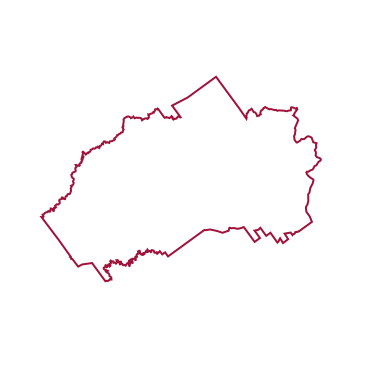 Whittlesea, Victoria, Australia (orthographic projection), rotated 46°
{"feature_id": "25037944B28600424223398", "entity_name": "Whittlesea", "entity_type": "district", "adm_level": 2, "iso_a3": "AUS", "parent_name": "Australia", "parent_adm1": "Victoria", "projection": "orthographic", "projection_center": [145.045, -37.551], "detail": "fine", "context": "isolated", "style": "outline", "palette": "rose", "viewbox_px": 384, "rotation_deg": 46, "n_neighbors": 0, "source": "geoboundaries", "source_scale": "gbopen_adm2", "svg_char_len": 5969}
<svg xmlns="http://www.w3.org/2000/svg" viewBox="0 0 384 384"><g transform="rotate(46 192 192)"><path d="M167.8,321.4L173.7,313.2L174.0,313.3L196.0,316.3L196.6,315.1L197.6,314.3L197.7,313.2L198.1,312.3L197.7,311.4L198.9,310.7L197.7,309.6L196.6,309.4L195.2,309.8L194.2,308.9L192.8,308.5L190.1,309.2L189.3,309.1L189.5,308.6L190.4,307.9L190.3,307.3L186.7,308.9L185.8,308.8L185.2,308.1L185.5,306.3L185.4,305.7L184.6,305.3L184.6,304.9L185.3,304.7L186.8,305.6L187.1,305.0L186.2,303.6L186.1,302.7L187.2,302.6L188.4,303.0L188.5,302.6L188.1,301.5L186.6,300.9L186.8,299.5L185.0,298.9L184.9,298.1L186.0,298.0L187.3,296.8L188.4,297.6L189.0,296.8L189.8,296.2L190.6,296.5L190.8,296.3L190.5,294.6L188.6,293.7L189.5,292.8L191.1,293.0L191.4,293.7L192.4,292.7L192.4,291.9L192.8,291.5L193.3,291.8L193.5,292.3L192.9,293.5L193.9,294.2L194.2,293.9L194.5,292.5L194.8,292.1L195.9,292.0L196.8,292.4L197.7,291.2L198.9,291.0L199.0,290.7L198.5,290.1L198.5,289.1L198.2,288.2L198.8,287.2L199.2,287.1L201.4,288.5L201.8,288.3L200.6,286.4L199.3,285.5L198.1,285.7L197.7,285.1L198.0,283.3L199.4,284.1L199.8,284.7L201.1,284.5L201.7,284.1L201.7,283.7L201.3,283.4L199.6,283.3L199.0,282.9L199.4,282.1L198.6,281.3L199.8,280.0L201.4,280.1L201.8,279.8L201.4,279.2L199.4,278.1L199.4,277.7L200.3,277.5L200.4,276.5L198.8,275.7L198.5,274.4L199.6,272.8L199.6,272.4L198.0,272.6L197.4,272.2L198.2,271.6L197.6,270.9L197.9,270.5L199.5,271.4L201.8,272.0L203.2,271.0L203.5,269.6L203.1,269.6L202.7,270.2L202.1,270.0L202.3,269.1L203.2,267.5L203.3,267.1L202.7,266.5L202.6,266.0L204.2,265.8L204.4,265.5L204.1,265.1L202.7,264.5L202.5,264.1L203.9,264.3L205.1,263.4L206.5,263.5L206.8,262.9L205.8,262.0L205.7,261.5L207.0,260.5L208.0,260.4L209.5,261.2L210.1,260.8L210.6,259.6L212.2,260.0L212.3,259.5L211.8,259.5L211.7,258.4L212.5,257.1L212.3,256.3L216.2,256.7L216.7,253.3L221.7,254.0L227.9,209.5L229.0,208.7L231.5,205.0L237.2,201.2L242.5,198.4L245.3,192.5L243.8,190.2L243.9,189.7L245.3,189.0L247.3,186.6L249.9,185.1L251.9,182.1L253.2,179.1L271.4,181.6L272.3,175.1L263.2,173.8L265.2,170.7L265.2,167.7L275.1,169.1L275.8,163.9L287.7,165.7L287.7,164.0L287.0,162.6L286.5,160.8L292.0,162.0L292.7,155.6L286.3,154.3L289.7,149.2L292.8,149.7L292.6,148.4L293.1,147.8L293.1,146.4L292.6,145.5L293.2,145.0L293.5,144.1L294.2,143.7L294.4,142.3L294.6,142.2L296.8,126.5L291.4,124.3L285.7,123.5L282.5,121.1L281.7,119.8L281.3,117.9L279.3,114.6L274.4,110.1L274.0,107.9L271.4,104.3L269.6,99.1L267.8,96.3L267.0,96.1L264.1,96.9L260.9,97.1L259.0,96.9L257.4,96.2L257.2,95.3L258.3,94.1L258.4,92.8L259.6,89.7L259.4,88.4L258.5,85.9L259.2,84.1L258.2,80.1L258.6,78.2L258.4,77.1L257.8,76.5L257.0,76.4L253.3,78.0L251.5,77.6L250.1,75.8L249.0,75.0L247.3,74.7L246.2,71.6L244.3,70.2L243.4,68.5L240.5,70.2L236.2,68.3L234.6,68.5L232.6,69.7L232.0,71.1L231.9,74.3L231.2,75.3L229.9,76.4L230.2,78.8L229.4,82.1L228.9,82.4L225.9,82.1L222.6,79.7L222.2,78.2L219.5,74.7L218.8,74.1L217.6,73.8L214.2,65.9L212.4,65.2L207.3,65.9L207.5,65.0L207.0,64.6L206.4,63.0L205.6,58.7L204.3,58.3L204.1,59.6L202.0,60.3L200.0,61.7L200.0,62.0L201.9,64.2L200.6,65.9L199.7,67.8L197.7,69.1L193.6,72.8L192.9,74.2L191.3,74.5L190.6,75.6L187.4,77.5L186.6,78.2L186.1,79.1L181.7,80.3L181.8,81.4L181.3,82.2L181.8,83.2L181.6,84.2L181.7,84.9L181.4,85.8L182.6,88.0L183.9,88.5L183.4,90.1L183.7,90.8L183.1,91.5L182.7,92.4L180.8,91.6L179.2,91.3L178.6,91.3L177.4,92.1L173.5,91.3L173.3,93.7L172.8,94.5L173.8,97.1L173.5,98.0L174.4,98.9L174.9,100.1L176.2,100.7L177.1,102.0L164.5,99.9L125.8,94.7L121.0,129.5L116.0,146.3L130.4,148.3L130.3,148.6L128.3,149.2L127.9,149.8L128.3,152.2L127.8,153.2L127.2,153.5L127.1,154.4L126.6,154.6L126.7,155.1L125.6,155.0L124.9,154.0L123.2,154.0L123.5,155.5L123.1,156.2L123.2,156.9L120.3,158.4L120.4,159.1L119.7,159.6L119.5,160.2L109.0,158.7L108.9,159.1L108.1,159.0L108.2,159.9L107.0,160.8L107.3,161.2L107.2,161.7L107.9,162.6L107.8,163.7L108.3,164.2L107.6,164.8L107.9,165.7L106.7,168.1L106.9,169.3L105.9,169.6L106.3,170.0L107.2,170.2L108.3,171.1L108.2,171.9L108.7,172.3L108.4,173.4L107.3,173.7L106.4,174.7L106.1,176.2L105.5,176.8L105.8,177.2L105.7,178.1L103.8,177.4L103.0,177.6L101.5,178.8L101.0,179.6L100.1,180.0L99.1,182.0L97.0,181.8L97.2,182.7L96.4,184.6L95.8,184.3L94.2,184.9L93.2,185.5L92.9,186.4L92.4,186.8L92.4,187.8L91.9,189.3L92.4,191.1L93.5,191.7L95.9,194.9L96.8,195.4L96.8,196.3L97.4,196.4L97.4,197.2L99.6,197.8L99.6,198.5L100.8,200.4L99.9,201.9L100.2,202.7L99.4,205.1L99.7,206.0L99.1,206.6L99.8,208.0L99.5,210.7L100.6,211.0L100.6,212.4L100.2,212.7L100.0,213.8L98.5,216.0L99.2,217.5L97.1,218.5L96.8,219.8L95.1,219.5L94.4,220.4L94.6,221.3L95.8,222.7L94.7,223.3L95.2,224.4L95.4,225.3L94.9,226.3L96.0,228.1L95.0,228.5L94.5,228.2L93.9,228.2L93.8,229.6L93.2,230.1L93.4,231.3L93.2,232.0L91.9,232.9L92.0,234.0L91.5,234.9L91.6,235.6L91.3,235.8L92.2,237.3L91.7,238.5L92.0,239.4L91.2,239.8L91.4,242.2L91.2,242.5L90.3,242.1L89.5,242.4L87.5,242.3L87.2,242.7L87.5,243.2L88.5,243.5L90.1,246.2L90.9,245.5L91.5,245.7L91.8,246.9L91.1,247.9L91.7,248.7L92.6,248.3L93.2,249.3L93.1,250.4L93.8,250.7L94.0,251.1L94.1,251.8L93.6,252.5L93.6,253.3L94.0,254.3L94.8,254.2L95.0,254.8L93.9,255.5L93.4,256.3L92.3,256.3L91.8,256.9L93.7,257.4L93.8,259.5L96.0,260.9L96.2,261.7L95.1,264.7L95.9,266.0L95.8,266.9L97.9,268.1L100.4,267.9L101.0,268.6L101.8,270.4L103.2,270.7L104.2,272.4L103.5,274.7L104.7,274.9L105.1,276.7L107.1,278.1L108.5,281.0L107.2,283.0L108.0,284.9L107.4,285.9L108.9,288.3L107.6,289.2L106.3,288.8L105.6,289.3L105.7,289.7L106.2,289.9L106.5,290.6L105.5,292.7L105.9,293.5L107.5,294.2L108.0,294.7L108.2,296.8L106.9,297.8L106.8,300.0L107.3,300.3L108.5,300.4L108.5,301.2L107.5,302.0L107.5,302.3L109.3,304.1L109.6,304.7L108.8,305.0L108.4,304.9L108.3,304.2L107.1,304.2L105.7,305.1L106.9,306.7L106.8,307.8L107.3,307.9L106.8,308.6L105.9,308.7L106.0,310.1L105.0,311.5L105.0,313.7L104.5,315.2L105.5,315.7L106.3,315.6L106.7,316.1L106.4,316.9L105.5,317.7L133.4,321.1L154.3,324.2L154.2,324.8L155.0,324.6L156.2,325.4L157.1,324.6L166.6,325.7L167.8,321.4Z" fill="none" stroke="#9f1239" stroke-width="2"/></g></svg>